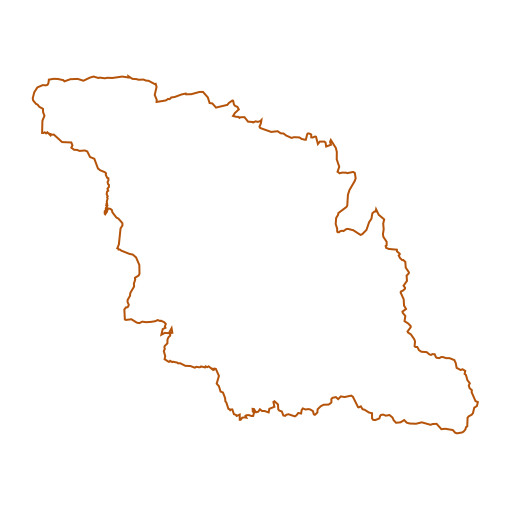 Plaiesii De Jos, Harghita, Romania, rotated 83°
{"feature_id": "2599482B92512396286900", "entity_name": "Plaiesii De Jos", "entity_type": "district", "adm_level": 2, "iso_a3": "ROU", "parent_name": "Romania", "parent_adm1": "Harghita", "projection": "albers", "projection_center": [26.159, 46.235], "detail": "fine", "context": "isolated", "style": "outline", "palette": "amber", "viewbox_px": 512, "rotation_deg": 83, "n_neighbors": 0, "source": "geoboundaries", "source_scale": "gbopen_adm2", "svg_char_len": 6059}
<svg xmlns="http://www.w3.org/2000/svg" viewBox="0 0 512 512"><g transform="rotate(83 256 256)"><path d="M128.4,423.6L128.9,420.7L130.2,418.3L130.4,413.0L131.7,410.7L137.5,408.7L139.8,404.6L149.9,402.2L151.9,400.2L154.4,395.8L155.6,394.8L157.2,395.2L160.4,394.1L160.8,393.1L162.8,393.2L164.6,394.3L166.6,394.1L167.5,393.3L169.6,393.6L171.1,395.2L173.2,394.7L173.8,395.9L176.4,396.7L178.7,395.9L179.5,396.6L181.0,396.3L183.7,397.5L185.8,397.4L186.2,398.1L186.9,397.6L187.6,398.3L188.1,397.5L190.2,399.2L192.1,399.5L193.2,400.7L195.5,401.0L196.2,400.6L194.1,398.7L190.7,397.1L191.5,394.8L192.8,393.5L195.2,393.2L200.8,389.9L202.1,388.0L207.1,384.6L209.3,384.8L212.2,387.1L227.8,390.7L231.4,392.7L231.7,391.9L232.8,391.7L233.0,390.4L234.3,389.0L238.4,381.5L239.6,378.1L242.8,375.2L250.7,372.9L259.4,373.8L261.1,374.9L262.9,378.8L264.8,378.8L268.6,380.6L271.4,380.7L277.3,385.2L280.3,386.0L284.0,388.8L286.1,389.1L289.0,388.2L290.6,389.1L291.2,389.8L291.2,391.4L293.1,393.2L303.0,393.9L303.6,392.9L303.6,387.4L307.7,382.3L308.4,380.0L307.3,376.9L308.3,373.2L308.6,368.0L308.4,363.7L307.6,361.4L308.9,359.0L308.6,358.2L310.6,355.1L312.4,353.8L315.0,355.1L316.2,354.6L317.2,357.5L322.6,359.5L321.2,355.9L322.0,351.9L317.4,348.6L322.0,348.4L322.0,349.8L322.9,350.7L324.6,350.9L326.0,352.8L328.0,354.0L331.9,354.6L334.1,357.5L335.4,358.1L337.1,357.8L339.1,359.1L344.4,358.3L347.3,359.3L350.4,355.5L350.4,354.7L349.6,354.0L351.1,352.1L350.8,351.3L352.2,347.2L353.1,346.3L353.2,344.3L356.4,339.5L357.2,334.6L359.4,330.3L358.7,328.8L359.5,326.1L359.5,324.6L358.9,324.0L360.4,320.2L359.4,319.5L360.4,318.0L359.8,316.5L362.2,314.0L362.7,312.6L363.1,313.2L363.9,312.4L363.7,311.5L362.7,310.9L363.2,309.6L370.5,307.4L377.9,310.6L380.7,308.7L386.2,307.7L387.5,305.4L393.3,304.0L396.5,304.1L397.8,303.3L404.4,302.0L404.8,301.0L405.9,300.4L405.3,299.5L405.4,298.2L410.3,297.2L411.3,295.2L412.4,294.7L411.4,291.5L416.6,292.1L416.7,291.2L414.8,289.4L414.8,286.6L415.3,285.3L413.4,285.9L412.9,284.9L413.0,282.6L414.3,279.8L414.4,278.3L410.9,276.9L410.1,278.1L407.3,278.0L407.6,276.7L411.1,275.1L410.8,272.7L408.6,270.8L410.6,268.9L410.9,266.4L412.8,262.5L409.3,261.4L407.9,256.1L403.0,256.5L402.4,255.4L406.0,252.3L410.9,252.6L412.2,251.8L413.5,249.3L417.6,248.3L418.2,246.5L417.3,245.3L417.0,243.1L419.9,237.0L419.1,235.3L417.0,233.2L417.8,230.4L414.6,229.5L413.0,228.1L414.4,225.5L414.3,222.9L414.9,220.9L416.9,218.4L420.2,217.9L420.8,216.9L418.9,214.2L415.6,213.5L413.0,210.0L411.9,207.1L412.3,202.0L411.1,199.7L410.1,198.9L407.3,198.7L406.1,197.4L405.8,193.9L408.1,191.9L405.7,188.9L406.8,185.3L406.2,178.5L407.5,177.0L418.5,173.1L418.8,172.5L418.0,170.3L421.1,168.9L421.8,167.0L425.1,163.0L426.2,160.0L431.3,160.6L432.9,159.7L433.4,157.7L432.3,153.4L429.7,152.2L428.9,151.1L429.0,149.0L430.3,146.6L430.1,142.9L433.0,140.2L435.7,139.4L438.6,137.3L438.7,132.8L436.9,128.9L439.8,126.7L441.0,123.9L442.0,117.6L441.3,111.7L444.8,103.4L444.3,101.1L444.6,97.2L450.5,93.1L450.5,89.4L452.7,81.9L455.7,79.8L456.5,78.1L456.3,73.2L455.7,71.5L453.8,69.4L451.5,68.4L450.8,67.1L442.3,65.7L441.1,64.5L439.8,61.2L438.4,59.8L433.2,57.9L431.8,55.0L428.0,53.6L426.8,55.8L417.4,58.6L415.5,58.1L413.2,60.1L410.5,60.6L408.4,59.3L405.0,61.3L399.7,62.1L398.4,63.3L395.6,62.3L393.6,64.8L394.1,66.7L391.5,70.5L386.7,70.8L383.5,71.8L381.0,76.3L380.5,79.9L379.1,82.7L378.9,84.6L379.7,86.4L379.1,89.0L378.3,89.8L375.3,90.6L374.9,92.8L375.5,94.4L374.8,95.9L372.2,98.3L371.2,103.5L369.3,105.7L366.0,107.0L365.7,108.9L364.9,109.6L360.3,108.6L358.1,109.0L352.7,111.8L350.4,114.5L349.4,114.8L345.5,111.1L344.4,111.0L341.4,113.3L338.8,116.5L333.7,115.1L330.3,117.3L329.0,117.4L326.9,113.5L323.3,115.1L316.9,114.7L309.9,116.9L308.9,116.5L308.3,114.4L306.6,112.1L305.7,111.9L303.5,113.2L299.1,109.2L293.8,108.9L292.0,106.6L290.9,106.2L285.8,108.8L280.0,108.5L277.9,110.4L277.9,111.4L275.6,113.3L272.9,114.3L272.0,113.2L271.2,113.1L268.6,115.5L266.9,115.4L265.2,123.3L263.8,125.8L261.9,126.1L261.2,125.0L257.8,124.6L252.7,127.2L250.0,127.4L245.0,126.0L239.3,125.8L235.3,124.3L230.0,129.2L224.3,131.1L226.4,131.8L226.3,133.0L227.8,135.3L233.1,136.9L236.2,139.6L243.6,143.2L247.3,147.9L247.8,149.7L242.3,156.3L240.3,161.4L240.3,163.1L241.9,166.1L241.4,167.6L241.7,169.5L242.5,170.6L242.3,172.1L241.7,172.4L238.8,172.1L233.9,173.0L228.0,171.8L225.1,169.5L223.4,169.0L218.4,160.3L217.2,159.3L206.5,157.3L201.9,155.2L193.5,148.8L191.0,147.6L185.6,147.8L184.4,149.3L184.9,155.3L184.3,156.4L183.7,160.4L184.1,162.9L182.3,164.8L177.6,162.5L169.9,164.1L162.6,163.1L158.5,163.6L150.0,167.6L151.8,168.6L154.7,168.0L155.9,173.0L151.8,173.2L150.8,174.2L150.2,178.7L152.4,180.9L145.0,181.9L144.6,182.7L145.3,185.3L145.0,186.7L142.1,186.4L140.9,188.3L140.7,189.6L141.3,190.3L146.7,192.4L146.5,193.4L145.4,196.4L143.6,198.5L142.7,203.8L143.1,206.4L140.1,211.4L137.8,213.7L137.2,216.6L134.8,219.3L134.7,225.8L130.0,235.2L129.1,236.5L128.0,236.8L124.8,234.9L121.7,234.1L122.6,235.2L123.1,237.7L122.3,240.1L123.1,242.6L122.6,242.9L121.7,247.5L116.8,250.5L116.4,254.5L116.9,255.6L115.8,256.3L115.4,258.8L114.2,261.7L111.5,259.5L108.4,255.2L105.7,256.3L104.4,258.5L103.0,259.4L99.1,259.8L98.8,260.5L100.8,264.3L102.5,266.0L103.8,277.6L99.3,280.7L98.5,283.4L92.7,284.5L86.7,288.6L86.3,292.1L87.5,300.5L87.0,305.7L86.2,305.9L86.6,310.3L88.3,317.4L88.3,320.7L89.8,322.7L89.4,324.2L90.6,326.5L91.0,335.9L88.8,335.5L83.8,336.9L76.1,334.1L72.9,334.6L73.1,335.4L69.0,341.3L68.5,343.8L67.2,346.1L66.7,351.3L65.9,352.9L65.1,357.1L62.0,360.8L63.3,360.8L61.6,366.9L61.8,376.7L61.0,382.0L61.2,384.3L59.9,389.3L60.1,390.8L58.1,395.3L58.7,399.1L61.0,405.9L58.5,411.4L57.9,418.7L59.3,424.9L58.0,425.8L56.1,431.2L55.5,435.4L55.7,440.1L59.0,440.9L60.7,442.1L61.0,443.7L60.4,446.9L62.0,452.4L66.4,456.1L72.3,458.4L74.5,458.2L78.1,455.9L79.2,454.3L81.5,452.9L84.0,449.5L87.3,449.8L91.1,448.9L95.7,451.5L107.8,453.3L108.0,452.1L107.5,450.6L108.7,449.4L107.8,448.0L108.7,447.5L109.7,445.5L110.2,446.1L111.3,445.2L110.6,444.7L110.9,441.8L119.3,434.6L120.8,425.5L123.8,424.7L126.0,426.1L128.4,423.6Z" fill="none" stroke="#b45309" stroke-width="2"/></g></svg>